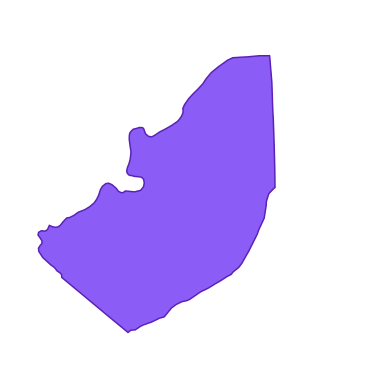 Coolie Town, Anse-la-Raye, Saint Lucia (Mercator projection), rotated 134°
{"feature_id": "8701671B87881136739477", "entity_name": "Coolie Town", "entity_type": "district", "adm_level": 2, "iso_a3": "LCA", "parent_name": "Saint Lucia", "parent_adm1": "Anse-la-Raye", "projection": "mercator", "projection_center": [-61.014, 13.957], "detail": "fine", "context": "isolated", "style": "filled", "palette": "violet", "viewbox_px": 384, "rotation_deg": 134, "n_neighbors": 0, "source": "geoboundaries", "source_scale": "gbopen_adm2", "svg_char_len": 2197}
<svg xmlns="http://www.w3.org/2000/svg" viewBox="0 0 384 384"><g transform="rotate(134 192 192)"><path d="M315.1,271.4L319.3,269.9L320.1,270.0L322.2,270.4L323.8,272.7L324.3,273.1L324.9,273.6L327.6,274.3L329.9,272.9L330.3,270.4L330.8,268.3L331.5,265.7L333.7,264.1L335.8,264.1L339.1,263.4L340.1,262.2L341.2,260.8L342.8,253.8L342.5,242.9L341.9,238.3L342.5,234.1L341.9,231.0L341.9,230.0L342.1,228.3L343.9,226.3L343.9,226.0L339.7,169.0L337.5,140.5L333.7,139.9L330.7,137.1L324.6,135.8L321.5,134.7L313.3,130.6L305.5,127.8L301.1,125.2L300.6,125.3L289.6,126.2L284.1,125.3L278.0,123.1L273.6,120.2L270.9,119.1L257.9,116.5L249.4,113.4L242.5,111.7L235.6,109.7L228.2,108.0L224.1,106.6L220.7,106.9L213.9,106.0L208.6,106.6L204.2,107.8L195.4,110.0L177.2,115.7L172.8,117.7L160.7,121.9L149.7,129.6L147.2,131.9L139.8,135.6L132.3,135.6L131.1,135.4L129.1,137.4L118.4,148.0L103.0,163.6L81.7,185.6L79.6,188.0L71.8,196.2L68.5,199.5L57.6,210.8L50.9,218.4L49.9,219.6L42.3,228.2L41.0,229.7L40.4,230.5L40.1,230.9L46.6,237.6L46.9,237.9L47.2,238.2L56.4,246.1L58.0,247.6L62.3,251.6L66.2,255.1L67.0,255.9L69.9,257.0L72.6,258.0L84.2,260.1L88.7,260.6L92.7,261.1L95.1,260.9L98.1,260.7L100.3,260.5L100.7,260.5L106.4,259.4L113.9,259.2L120.9,259.4L127.2,259.2L134.2,258.1L138.3,256.6L140.0,254.6L141.3,253.5L144.8,252.2L148.2,251.6L151.4,251.5L158.0,252.8L165.2,254.9L171.3,257.0L176.7,258.1L180.3,259.2L182.2,262.0L182.4,265.8L180.9,269.0L179.9,271.1L180.3,272.6L182.1,274.6L185.0,276.2L187.7,277.9L190.2,278.0L192.5,277.8L194.3,276.8L197.4,274.1L200.1,270.8L202.6,267.6L205.2,264.1L207.4,262.2L209.4,260.7L209.7,260.5L209.9,260.4L210.3,260.0L211.8,259.0L214.8,257.3L219.5,255.3L222.1,253.7L223.3,252.1L223.7,249.7L223.0,247.8L222.3,247.2L220.7,244.2L216.6,239.0L216.3,235.9L218.1,233.4L218.8,232.5L222.0,230.5L226.5,230.1L231.8,233.4L234.8,237.2L237.6,240.7L240.2,241.1L241.7,242.5L242.6,245.4L242.0,249.0L242.3,254.5L243.5,258.0L245.8,259.8L250.1,260.4L253.1,259.7L253.9,259.5L259.2,256.9L263.5,255.5L267.9,254.8L273.7,255.4L279.4,256.9L285.4,259.7L288.4,260.3L290.9,260.7L295.1,262.2L297.8,264.1L303.4,264.0L307.4,263.6L310.2,264.2L312.3,265.7L314.1,268.7L315.1,271.4Z" fill="#8b5cf6" stroke="#5b21b6" stroke-width="1.5"/></g></svg>